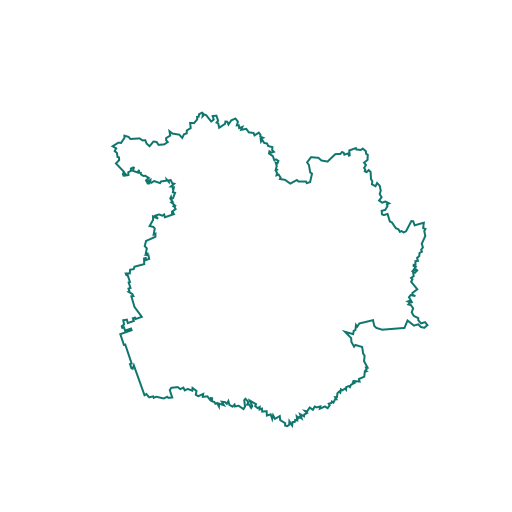 Oberon, New South Wales, Australia, rotated 332°
{"feature_id": "25037944B83786043255817", "entity_name": "Oberon", "entity_type": "district", "adm_level": 2, "iso_a3": "AUS", "parent_name": "Australia", "parent_adm1": "New South Wales", "projection": "mercator", "projection_center": [149.791, -33.845], "detail": "fine", "context": "isolated", "style": "outline", "palette": "teal", "viewbox_px": 512, "rotation_deg": 332, "n_neighbors": 0, "source": "geoboundaries", "source_scale": "gbopen_adm2", "svg_char_len": 6129}
<svg xmlns="http://www.w3.org/2000/svg" viewBox="0 0 512 512"><g transform="rotate(332 256 256)"><path d="M92.2,326.6L94.4,326.4L95.3,330.6L99.3,331.7L99.1,333.2L101.8,333.4L107.7,338.5L111.5,338.6L112.0,340.1L115.6,341.6L116.9,334.0L119.3,332.6L125.3,335.0L126.7,338.0L130.1,338.1L130.0,341.2L133.4,341.4L136.5,345.0L138.0,342.7L140.1,347.2L137.7,350.3L139.2,352.7L144.6,353.0L142.9,355.4L147.2,357.1L147.9,361.5L149.4,360.2L150.5,361.0L148.9,363.5L150.7,365.4L150.8,367.4L152.6,367.5L152.6,371.5L154.1,369.0L157.6,372.7L157.4,368.6L160.1,370.5L160.8,372.8L163.5,371.1L162.6,374.9L164.6,378.0L167.3,377.1L166.8,379.0L170.3,380.0L173.1,385.3L175.6,383.8L177.9,377.8L179.6,377.1L180.7,381.2L178.4,383.1L180.1,383.7L180.4,387.9L182.2,386.8L182.7,380.8L186.5,386.9L184.8,388.1L186.0,391.1L188.4,391.0L187.1,393.2L189.6,393.5L188.4,396.3L192.5,398.0L190.7,402.0L194.6,402.7L193.8,407.5L196.3,404.6L196.3,408.7L201.8,408.5L200.3,412.3L203.3,417.3L202.1,419.3L203.6,420.9L206.1,420.6L207.9,417.6L208.3,422.6L210.4,419.8L212.3,420.7L213.6,419.2L215.2,420.6L216.7,416.7L217.5,419.1L218.6,418.4L220.0,420.8L220.7,416.4L223.1,420.1L224.2,418.6L227.4,418.6L226.5,415.8L228.2,417.2L232.3,415.0L234.0,418.5L237.2,416.5L238.6,418.2L242.2,419.0L240.7,420.8L246.2,421.2L247.8,424.0L251.0,422.4L250.9,420.6L253.6,421.1L254.7,420.1L255.5,421.8L258.7,419.6L259.7,420.2L259.6,417.8L261.2,418.6L263.5,415.4L265.9,414.7L266.3,416.2L268.4,413.6L269.2,415.1L272.5,414.9L272.8,416.3L274.2,414.1L277.1,414.5L277.4,415.8L279.4,414.3L283.2,414.3L282.2,413.2L283.4,412.1L288.5,415.5L289.2,412.9L294.9,413.4L297.7,409.3L299.4,409.6L298.8,408.5L300.6,407.8L300.7,406.2L302.1,406.9L302.0,399.6L305.0,395.2L304.8,392.4L307.0,386.2L302.0,381.2L300.0,382.1L299.9,376.6L301.5,373.2L299.0,364.7L305.1,370.6L307.1,368.0L309.0,368.0L311.9,363.9L312.1,365.9L315.6,364.1L329.2,367.6L327.6,373.2L328.5,376.0L332.8,380.3L353.3,389.2L359.5,384.1L362.8,391.6L367.2,392.5L368.2,396.1L370.9,398.4L374.9,397.5L374.2,393.8L370.1,393.0L369.1,388.9L370.1,387.0L367.2,383.0L367.0,378.9L370.2,375.9L369.7,372.1L367.8,370.3L370.2,369.5L368.7,367.4L370.7,367.7L372.0,370.8L371.7,364.2L374.2,363.1L377.9,366.2L376.0,363.7L376.6,362.1L382.8,361.1L380.9,351.6L383.2,350.0L382.6,348.2L385.8,347.8L387.2,343.7L388.5,345.4L391.5,344.4L391.2,343.2L388.0,342.5L392.0,340.5L390.5,338.9L391.1,337.8L392.8,338.5L394.3,335.4L396.7,336.3L397.3,333.3L400.1,332.7L401.8,330.1L404.5,330.1L404.8,328.0L407.4,326.8L408.1,323.0L414.9,317.8L416.3,312.9L418.3,311.7L416.7,309.8L419.8,305.4L410.5,303.4L411.1,299.1L409.6,298.1L400.1,304.6L397.4,304.5L396.2,302.3L394.4,302.2L394.3,299.3L392.5,297.1L391.8,290.2L390.4,288.3L391.9,280.6L388.1,279.9L386.8,278.3L388.2,275.1L391.7,276.0L395.6,273.6L395.8,271.8L398.2,272.0L395.8,268.6L392.5,268.2L390.7,264.8L394.5,263.1L394.3,259.4L396.8,256.9L398.2,252.1L397.2,248.4L394.3,250.5L392.0,247.1L393.8,244.7L393.6,242.2L396.6,235.7L395.9,233.1L393.0,233.9L391.8,232.3L393.0,231.4L392.8,229.0L395.8,227.3L395.2,224.4L399.6,223.5L402.2,219.1L401.2,217.4L402.2,215.0L400.7,211.3L398.4,211.6L394.6,209.1L394.8,207.6L387.9,206.6L386.0,211.1L385.2,211.0L385.6,208.7L381.6,208.0L381.9,205.9L380.7,204.6L378.4,205.5L373.9,203.3L363.5,206.2L358.6,202.4L357.2,198.6L351.0,194.6L345.1,197.3L345.4,200.6L343.1,207.7L344.1,209.6L338.5,216.1L335.0,215.5L335.1,213.7L328.6,210.3L327.7,208.1L320.3,208.2L317.3,202.3L313.3,199.3L314.5,198.5L314.2,194.7L312.0,194.4L313.6,192.5L313.5,189.7L315.1,189.7L314.5,188.4L316.6,186.2L317.2,182.8L318.5,184.2L320.4,182.6L319.1,180.2L317.1,179.8L317.8,175.8L315.6,171.6L317.0,169.9L318.1,171.9L320.7,172.4L320.0,170.1L321.6,167.5L318.4,164.7L318.6,161.9L316.3,160.0L316.0,156.3L314.2,157.3L315.1,154.7L317.7,154.9L315.8,152.6L316.8,151.2L316.4,148.4L311.3,148.8L311.6,146.2L307.7,143.5L307.1,139.2L302.1,137.6L304.6,135.6L301.2,135.2L302.2,132.5L300.4,131.7L303.1,128.9L302.4,125.0L297.9,124.6L293.4,127.0L293.7,124.0L292.2,122.9L290.6,124.8L283.7,125.5L284.9,121.2L283.8,119.7L286.1,118.7L286.9,113.5L283.4,112.1L282.7,115.7L279.6,116.2L278.1,108.2L276.8,106.8L274.4,107.6L276.1,105.2L275.7,104.1L272.3,104.1L270.7,106.1L269.2,105.6L268.3,107.7L263.7,109.6L260.3,107.6L258.4,112.4L253.8,112.7L252.4,115.2L249.6,114.7L246.3,117.1L245.2,112.8L239.7,108.7L238.2,105.2L236.8,109.4L232.0,109.7L231.0,111.7L231.6,113.9L227.4,114.4L222.1,112.1L221.8,108.7L219.2,106.8L213.6,109.1L212.2,105.4L212.6,101.8L210.1,100.7L208.4,97.5L200.0,93.7L199.4,91.0L196.3,88.0L195.4,89.9L189.9,92.8L187.7,91.3L180.9,91.8L183.1,95.3L180.5,97.0L181.6,99.7L180.2,103.6L181.3,104.6L180.2,107.1L175.8,108.5L178.9,119.6L176.9,121.2L176.8,122.9L178.0,123.5L179.1,121.7L179.7,124.1L181.4,124.6L182.5,122.1L185.7,122.1L186.6,120.1L189.0,120.1L189.6,120.7L187.3,123.0L190.7,126.7L193.1,125.0L191.6,127.5L193.3,128.4L192.8,130.1L194.1,132.4L195.9,133.2L198.0,136.8L194.4,137.6L194.4,141.1L195.6,141.7L195.9,139.3L198.6,139.2L197.3,141.1L197.9,142.2L201.3,142.0L205.5,146.6L207.1,145.6L212.6,147.5L213.0,146.4L213.8,149.7L214.5,148.3L216.3,148.9L216.2,152.4L217.7,153.8L213.5,154.7L215.0,155.6L214.3,157.2L215.4,157.2L212.5,160.7L214.2,162.2L210.0,165.9L208.2,166.1L208.7,163.9L207.3,165.0L207.9,169.1L206.4,168.9L207.9,172.4L206.7,173.2L208.0,173.9L207.0,174.6L207.1,176.8L202.7,177.4L202.0,178.8L203.2,179.0L203.2,180.5L193.7,179.0L194.4,176.2L192.2,176.4L189.9,173.8L186.1,173.1L187.0,177.0L183.6,172.7L182.2,175.7L176.1,179.6L179.0,182.1L179.5,184.2L175.7,189.0L177.7,189.1L176.2,191.8L166.0,191.1L162.4,195.0L163.2,198.0L160.1,201.7L161.2,202.7L159.2,203.2L161.4,204.8L160.3,208.4L156.9,207.9L157.7,206.0L156.0,205.6L153.5,210.7L143.7,208.4L141.8,210.2L138.4,209.0L136.4,212.1L132.8,210.3L132.6,212.1L133.7,212.8L132.5,219.8L131.1,219.6L130.2,225.3L128.1,224.9L127.7,227.7L126.6,227.7L128.9,231.4L128.9,233.8L127.0,233.1L124.8,244.0L126.6,256.1L120.0,255.1L120.2,253.6L118.0,253.2L117.6,256.0L111.3,255.0L112.1,251.6L108.6,250.4L107.4,254.5L104.5,255.0L104.2,256.7L105.9,256.9L105.4,260.4L111.6,261.4L111.3,263.1L99.5,261.3L97.6,272.5L99.0,272.8L95.7,292.6L94.0,292.3L93.3,296.6L94.1,297.6L96.8,295.2L92.2,326.6Z" fill="none" stroke="#0f766e" stroke-width="2"/></g></svg>